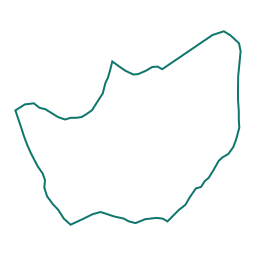 Guarani d'Oeste, São Paulo, Brazil (Equal Earth projection)
{"feature_id": "56859067B14528332437020", "entity_name": "Guarani d'Oeste", "entity_type": "district", "adm_level": 2, "iso_a3": "BRA", "parent_name": "Brazil", "parent_adm1": "São Paulo", "projection": "equal_earth", "projection_center": [-50.352, -20.063], "detail": "fine", "context": "isolated", "style": "outline", "palette": "teal", "viewbox_px": 256, "rotation_deg": 0, "n_neighbors": 0, "source": "geoboundaries", "source_scale": "gbopen_adm2", "svg_char_len": 1022}
<svg xmlns="http://www.w3.org/2000/svg" viewBox="0 0 256 256"><path d="M70.6,224.7L82.9,219.0L92.6,214.2L100.5,212.0L106.2,213.8L113.9,216.4L123.8,218.6L128.6,221.3L135.6,223.1L145.2,219.2L156.3,217.9L162.6,218.6L167.5,221.4L179.0,209.8L185.4,204.8L189.9,197.1L195.9,188.4L201.0,187.0L204.6,181.3L208.7,177.8L213.2,170.6L218.8,160.7L222.9,157.1L228.3,154.0L233.2,147.2L236.2,139.3L239.3,127.7L238.8,119.4L238.8,111.5L238.0,99.2L238.0,87.8L238.2,75.8L239.8,59.8L240.6,51.2L239.0,43.3L230.4,35.3L223.8,31.3L212.5,35.0L162.2,69.2L157.5,66.6L152.2,67.0L146.0,70.7L138.1,74.1L133.3,74.5L125.3,70.7L118.4,65.9L112.3,61.5L109.7,71.7L108.0,77.5L105.4,83.0L102.8,93.3L96.9,102.5L92.0,110.2L86.2,114.3L81.7,117.0L76.5,117.8L70.8,117.8L65.0,119.5L58.1,117.1L45.3,109.2L39.5,107.8L33.8,103.3L24.9,104.4L15.4,110.4L18.4,119.4L21.0,127.0L24.1,136.6L27.2,144.8L30.7,152.8L35.1,161.4L38.2,167.1L42.6,173.3L45.0,180.1L44.3,187.7L47.1,196.3L52.8,204.1L58.2,209.8L63.8,218.6L70.6,224.7Z" fill="none" stroke="#0f766e" stroke-width="2"/></svg>